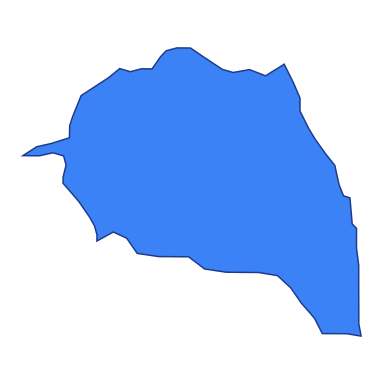 Chonma, P'yŏngan-bukto, North Korea (Equal Earth projection)
{"feature_id": "82179303B45554830914621", "entity_name": "Chonma", "entity_type": "district", "adm_level": 2, "iso_a3": "PRK", "parent_name": "North Korea", "parent_adm1": "P'yŏngan-bukto", "projection": "equal_earth", "projection_center": [124.872, 40.075], "detail": "fine", "context": "isolated", "style": "filled", "palette": "blue", "viewbox_px": 384, "rotation_deg": 0, "n_neighbors": 0, "source": "geoboundaries", "source_scale": "gbopen_adm2", "svg_char_len": 991}
<svg xmlns="http://www.w3.org/2000/svg" viewBox="0 0 384 384"><path d="M119.7,68.6L108.7,77.6L94.9,86.6L81.2,95.5L72.6,116.7L69.7,125.7L69.4,137.8L50.4,143.7L36.8,146.7L23.0,155.6L28.5,155.7L39.3,155.8L52.9,152.8L63.6,155.9L66.1,165.0L63.1,177.1L63.0,183.2L70.9,192.3L78.8,201.5L89.3,216.7L94.5,225.8L97.0,234.9L96.9,241.0L113.3,232.0L126.7,238.2L137.2,253.4L158.8,256.6L175.1,256.7L188.6,256.8L204.6,269.0L226.2,272.2L245.1,272.4L258.6,272.5L277.5,275.6L290.8,287.9L301.3,303.1L309.3,312.2L314.5,318.3L322.3,333.6L346.7,333.7L361.0,336.1L360.9,334.8L358.8,323.9L358.8,310.9L358.7,287.0L358.7,265.3L356.5,247.9L356.5,228.3L352.2,224.0L350.3,202.1L350.0,197.9L343.5,195.8L339.1,184.9L334.8,165.4L326.1,154.5L315.2,139.3L308.7,128.5L302.2,115.4L300.0,111.1L300.0,98.1L293.5,82.9L284.2,64.2L265.6,75.8L249.5,69.6L233.2,72.5L222.4,69.4L203.8,57.1L190.5,48.0L176.9,47.9L166.1,50.8L160.5,56.8L152.1,68.9L141.3,68.8L130.4,71.7L119.7,68.6Z" fill="#3b82f6" stroke="#1e3a8a" stroke-width="1.5"/></svg>